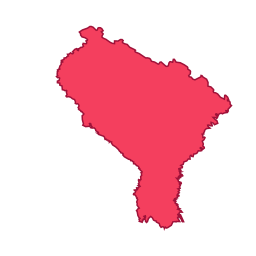 outline of Montenegro, Quindío, Colombia, rotated 113°
{"feature_id": "7082276B37489805673697", "entity_name": "Montenegro", "entity_type": "district", "adm_level": 2, "iso_a3": "COL", "parent_name": "Colombia", "parent_adm1": "Quindío", "projection": "equal_earth", "projection_center": [-75.789, 4.516], "detail": "fine", "context": "isolated", "style": "filled", "palette": "rose", "viewbox_px": 256, "rotation_deg": 113, "n_neighbors": 0, "source": "geoboundaries", "source_scale": "gbopen_adm2", "svg_char_len": 5710}
<svg xmlns="http://www.w3.org/2000/svg" viewBox="0 0 256 256"><g transform="rotate(113 128 128)"><path d="M192.5,40.2L187.4,45.7L187.2,47.7L185.2,47.6L184.3,45.3L183.3,47.0L183.3,50.2L182.0,48.9L182.0,50.9L180.7,51.1L180.0,52.9L179.5,52.0L179.1,52.1L178.7,53.4L178.8,55.1L178.0,55.6L177.0,55.2L176.8,55.9L177.1,57.1L176.8,57.6L175.4,56.0L175.4,57.5L174.9,57.5L174.5,57.1L174.7,56.1L173.7,56.3L173.0,55.1L171.1,56.3L170.9,54.7L170.5,54.5L170.1,54.9L170.1,56.5L169.4,56.5L167.6,55.5L167.0,56.9L165.4,56.1L164.9,56.6L164.5,58.2L163.1,56.5L162.0,57.7L160.6,57.3L159.8,58.6L158.5,59.2L159.1,57.6L158.4,57.2L157.4,57.9L157.5,60.7L156.3,61.5L155.3,63.5L154.8,61.1L154.5,61.2L154.3,62.4L153.0,62.5L152.9,61.8L153.4,60.9L153.1,60.2L152.2,60.2L151.5,62.0L150.9,61.8L150.7,60.7L151.0,59.2L150.6,58.9L149.8,59.9L149.3,62.8L148.6,62.9L147.7,62.0L148.1,63.4L147.8,63.8L147.1,62.9L146.2,62.7L145.9,63.5L146.4,64.8L145.6,65.3L143.3,62.5L142.3,62.8L141.8,64.8L139.9,63.0L137.3,63.3L135.4,61.1L132.9,60.4L132.4,58.7L130.2,59.8L128.9,59.8L128.5,59.2L129.2,58.3L128.9,56.9L126.3,57.3L125.2,55.5L123.9,54.6L121.5,54.4L121.0,52.7L120.1,51.4L119.2,51.7L118.3,53.7L117.8,53.7L117.5,52.3L118.6,50.9L116.7,49.9L115.9,50.3L115.3,52.1L113.3,52.4L111.1,54.5L109.2,53.5L106.8,53.3L106.5,54.0L107.5,55.4L105.9,56.1L104.7,57.3L103.9,55.9L102.8,56.5L101.5,56.2L100.3,56.6L97.9,55.6L96.1,52.5L95.2,55.1L94.3,55.8L93.8,55.1L93.6,52.6L93.1,51.3L92.4,51.7L91.4,53.3L90.3,53.7L90.2,51.3L91.2,49.7L88.6,47.2L86.5,49.1L86.3,50.8L85.0,53.8L84.1,51.5L84.6,50.2L83.9,49.8L82.8,49.8L81.4,52.6L80.7,52.6L80.3,51.9L81.2,49.8L79.7,49.7L78.6,48.9L77.9,47.6L78.1,46.7L76.5,45.2L74.8,42.5L74.3,42.6L74.3,44.2L73.8,44.6L73.1,42.4L71.7,43.2L66.9,41.5L66.4,43.1L64.3,44.2L63.6,45.2L64.0,47.0L63.3,47.4L62.5,46.5L60.7,48.3L59.7,50.9L60.2,51.7L63.8,50.6L63.6,54.9L61.6,58.8L61.4,60.9L61.8,63.0L60.8,64.0L59.6,63.9L59.1,64.4L57.8,67.7L58.2,70.8L54.8,72.1L52.4,74.7L51.8,78.8L50.9,80.4L51.1,81.3L52.4,80.9L57.5,85.2L57.7,87.3L56.5,89.7L56.9,91.7L56.1,92.6L53.8,91.8L51.4,92.6L50.9,93.3L50.4,96.0L48.9,96.7L48.5,97.4L47.8,101.1L47.5,105.4L48.6,109.4L46.7,112.1L47.1,113.1L50.0,112.6L50.4,114.9L50.8,115.4L52.1,115.7L55.0,115.2L56.1,116.2L56.3,117.4L54.3,123.3L54.9,124.2L57.2,124.7L57.4,125.2L56.9,129.2L57.4,132.5L55.9,134.2L55.5,135.4L55.8,137.4L56.6,139.1L55.1,146.8L55.2,150.9L54.4,151.8L53.5,151.5L53.3,152.2L53.0,158.1L51.4,161.3L51.8,164.2L51.5,166.4L50.9,166.8L49.4,166.6L48.9,168.0L49.6,169.6L51.8,171.1L53.1,174.4L55.6,173.4L56.2,175.6L56.1,177.9L55.0,183.0L55.0,185.3L54.7,187.2L53.4,187.9L51.1,187.6L49.9,190.1L48.2,188.9L46.8,190.9L46.5,192.5L47.0,194.0L47.8,194.7L49.8,194.6L50.5,195.4L48.9,199.4L48.9,201.4L49.4,202.7L51.9,204.3L55.6,208.3L58.7,210.3L59.7,208.4L60.9,208.0L62.1,206.0L61.7,202.6L62.3,199.9L63.2,199.7L64.3,200.7L65.1,199.6L66.5,199.2L66.9,199.7L67.6,202.3L69.0,202.2L70.2,200.9L71.9,201.9L72.0,202.8L74.1,204.1L74.7,205.0L75.5,204.0L76.1,204.0L76.2,204.9L75.1,206.4L76.4,207.7L79.5,208.8L79.9,207.6L81.0,207.7L81.5,208.4L81.3,210.3L83.0,211.1L83.8,212.5L85.0,211.1L86.1,212.1L87.3,212.2L88.6,214.2L89.9,213.7L91.9,215.8L92.6,215.5L92.4,214.2L92.7,213.9L93.9,215.1L95.6,214.3L97.5,214.9L100.2,214.6L100.2,213.9L100.6,213.8L101.0,214.8L102.2,215.6L102.8,214.6L104.0,215.1L105.0,214.4L106.0,214.4L107.2,213.2L108.5,214.0L109.2,212.5L108.5,211.3L108.8,210.4L111.2,210.0L112.4,211.3L113.9,210.7L113.4,208.3L115.2,207.5L115.1,205.2L118.4,203.4L118.1,202.1L118.3,200.5L117.5,199.5L117.7,198.9L119.1,198.7L121.2,197.1L122.8,197.6L123.2,197.0L123.3,196.4L122.4,195.2L122.1,192.8L122.8,190.5L122.7,188.3L124.5,186.5L125.9,186.2L126.0,184.9L125.3,183.9L125.7,182.7L126.8,181.7L128.6,181.9L129.1,180.9L129.9,181.0L130.3,180.2L130.5,178.3L131.2,177.8L131.0,176.6L131.6,176.0L132.0,174.4L132.8,174.1L134.6,175.0L138.3,173.2L141.6,170.6L143.1,170.7L143.3,167.5L141.5,164.2L140.3,163.9L139.0,165.2L138.6,164.8L138.7,163.9L140.2,162.8L140.8,161.8L142.0,162.9L142.3,162.6L142.1,161.1L141.1,159.0L141.9,157.4L143.1,156.5L143.6,153.6L144.3,153.2L144.7,154.0L144.8,152.8L145.4,152.7L145.1,147.2L145.6,146.1L147.4,144.7L146.8,143.9L147.4,143.2L147.0,141.8L147.7,141.1L147.2,140.0L148.2,139.6L147.5,139.3L147.3,137.6L148.1,137.6L149.6,135.5L150.2,131.9L151.5,128.4L152.7,126.7L152.9,125.5L153.6,125.0L153.4,122.9L153.9,122.2L154.8,122.3L155.9,120.1L156.5,115.3L156.2,113.2L157.0,112.7L156.6,111.5L157.1,110.4L157.0,109.5L158.7,108.9L158.3,107.3L159.3,105.4L159.1,104.5L159.4,103.4L160.2,102.2L161.0,102.4L161.4,101.4L161.1,101.1L161.8,100.6L162.7,98.1L163.5,97.9L163.9,98.3L164.0,97.8L164.7,97.9L166.3,96.9L167.7,97.4L170.4,96.0L170.9,96.6L171.5,96.5L171.3,98.0L171.8,98.1L174.1,96.3L175.2,96.7L175.9,95.7L177.0,96.2L176.6,94.8L177.0,94.1L177.9,95.0L179.0,95.1L179.7,96.7L180.2,96.4L180.5,95.3L181.1,95.3L181.3,96.1L182.0,96.2L182.2,97.3L182.7,97.9L183.3,96.2L184.9,96.1L186.0,97.1L186.9,97.1L187.2,96.7L186.8,95.7L187.4,94.2L188.2,93.6L188.8,92.2L189.4,92.4L190.0,91.2L192.7,91.1L193.7,90.1L195.5,89.5L197.4,86.4L198.1,87.1L200.8,87.9L201.2,87.0L204.7,84.7L206.0,83.1L206.5,81.6L207.6,82.3L208.5,81.2L209.5,81.2L209.2,78.2L208.5,78.5L207.8,78.1L207.2,78.7L206.6,78.0L205.9,78.2L205.8,77.7L204.9,77.5L203.6,77.8L203.1,78.8L202.1,77.7L203.0,77.1L205.5,76.9L206.3,75.6L207.1,75.4L207.6,74.3L207.2,74.3L206.8,73.5L203.3,73.8L200.5,72.5L201.1,70.5L202.8,68.5L202.9,67.1L202.6,65.8L203.5,65.1L203.7,61.9L205.4,60.6L206.5,58.7L205.5,57.9L205.2,56.8L205.6,55.7L206.2,55.3L205.1,55.3L204.6,54.8L205.2,53.8L204.3,52.6L200.6,50.1L196.8,50.0L195.6,47.7L195.7,47.1L195.1,46.9L193.9,43.8L191.4,47.2L190.8,47.4L190.1,46.3L189.6,46.3L187.9,48.9L188.2,46.6L190.3,45.1L191.4,42.9L192.7,42.0L193.0,41.2L192.5,40.2Z" fill="#f43f5e" stroke="#9f1239" stroke-width="1.5"/></g></svg>